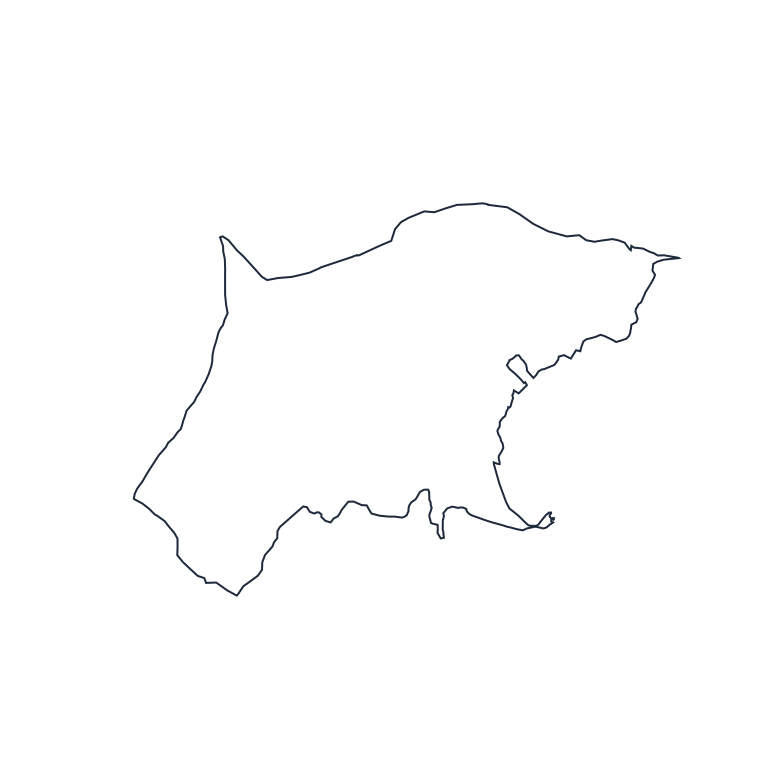 Musoma Urban, Mara, United Republic of Tanzania (Mercator projection), rotated 122°
{"feature_id": "72390352B68648514157418", "entity_name": "Musoma Urban", "entity_type": "district", "adm_level": 2, "iso_a3": "TZA", "parent_name": "United Republic of Tanzania", "parent_adm1": "Mara", "projection": "mercator", "projection_center": [33.795, -1.521], "detail": "fine", "context": "isolated", "style": "outline", "palette": "slate", "viewbox_px": 768, "rotation_deg": 122, "n_neighbors": 0, "source": "geoboundaries", "source_scale": "gbopen_adm2", "svg_char_len": 5746}
<svg xmlns="http://www.w3.org/2000/svg" viewBox="0 0 768 768"><g transform="rotate(122 384 384)"><path d="M647.0,429.5L641.3,421.1L641.5,417.3L642.1,407.8L641.5,396.8L639.4,396.4L630.1,396.1L621.8,392.7L613.5,389.4L606.3,389.0L604.8,389.8L601.8,391.5L599.8,392.7L592.2,394.3L580.8,392.5L576.4,393.4L571.4,392.8L565.1,396.4L562.5,396.5L560.3,396.5L530.9,387.7L530.7,387.6L529.3,384.1L531.7,379.3L530.9,374.6L528.4,372.9L527.4,371.3L527.8,367.9L529.9,366.7L531.1,361.1L530.6,359.2L529.7,355.9L524.7,355.4L520.8,353.1L517.0,352.9L513.3,353.2L509.2,352.7L502.7,351.9L499.8,347.4L499.2,343.6L499.0,342.4L498.6,338.9L496.1,334.3L497.6,331.6L498.8,329.5L500.5,325.8L498.6,319.9L498.0,317.9L494.0,309.8L490.9,304.8L487.6,297.7L486.0,296.5L483.5,295.2L478.5,295.9L477.7,296.7L474.2,298.2L470.0,298.2L465.1,296.1L462.0,296.1L461.5,296.1L456.4,296.3L452.4,294.0L450.2,290.5L450.2,290.4L451.6,288.6L452.3,288.1L455.3,286.1L455.5,285.9L458.2,284.2L459.7,281.7L462.4,279.8L463.5,278.1L466.7,277.1L470.8,276.3L472.7,275.0L475.0,272.5L477.0,270.4L476.4,267.9L476.2,267.3L475.0,264.0L477.9,261.9L482.0,259.6L484.9,254.0L482.6,251.7L480.4,253.6L478.1,255.2L476.0,257.3L472.5,259.4L468.4,261.9L464.2,263.2L462.2,265.2L458.2,264.8L455.9,264.4L454.3,263.1L452.0,261.3L451.0,259.0L449.9,255.6L448.3,253.9L446.8,251.3L446.7,250.3L446.4,247.9L447.0,247.7L448.2,246.0L449.0,243.0L448.8,239.3L448.2,236.8L447.2,232.3L446.5,229.0L445.4,224.1L444.2,219.5L440.7,207.7L439.7,203.5L438.6,200.7L437.6,197.2L436.4,193.5L434.5,188.7L430.4,186.0L427.7,183.0L425.5,181.0L424.1,178.5L423.3,175.9L422.1,172.4L420.3,170.7L417.5,169.4L415.5,169.0L413.7,168.0L411.8,167.2L411.9,168.2L412.0,169.3L410.5,170.3L409.5,169.9L409.4,168.4L408.6,168.3L407.7,168.7L408.2,169.6L409.2,171.1L409.0,172.7L407.6,174.0L405.1,173.8L404.5,174.2L405.5,175.9L409.2,177.2L417.0,178.2L421.4,178.6L423.3,179.4L424.5,181.1L425.3,182.4L426.7,184.9L427.3,186.5L426.8,189.8L424.4,200.5L423.1,211.7L419.4,217.9L407.2,233.6L393.5,248.6L392.3,249.4L392.0,247.7L391.5,245.3L390.7,243.5L389.3,244.3L386.5,247.1L384.3,248.5L379.9,248.5L375.1,248.9L373.2,250.4L371.4,252.2L370.3,254.5L367.7,257.1L366.3,260.0L363.7,263.0L361.3,263.4L358.8,263.3L357.4,264.1L355.7,265.2L354.4,265.8L352.1,265.5L350.9,265.5L348.6,264.9L347.2,264.3L345.3,264.7L342.7,265.5L339.2,265.8L337.8,266.4L337.5,265.1L335.7,264.8L332.0,266.0L327.6,267.1L325.4,269.3L323.6,269.3L321.8,269.9L320.6,270.4L320.6,264.8L309.3,262.2L307.6,265.2L309.1,265.9L308.0,268.9L306.9,273.2L305.8,278.3L304.7,285.6L302.9,289.7L300.2,289.8L298.7,289.9L297.5,290.0L297.3,290.2L294.7,288.5L291.4,287.3L289.8,287.1L288.4,285.1L288.2,284.8L290.2,280.1L290.4,278.0L291.0,277.0L291.6,275.2L292.4,273.7L294.7,271.5L296.9,269.8L298.5,264.7L299.7,260.5L296.0,259.7L291.7,259.7L288.1,257.9L286.6,256.1L281.9,252.8L279.0,250.6L277.2,249.5L271.0,249.2L268.1,250.3L267.3,249.5L264.1,246.6L263.8,242.2L263.4,239.0L256.9,239.0L253.6,239.0L253.5,238.7L252.2,234.9L248.9,236.0L242.4,237.5L238.8,236.0L238.5,235.8L235.1,232.4L231.9,229.5L229.6,227.9L227.6,226.5L226.5,222.5L226.1,218.8L225.4,212.3L225.4,209.4L220.7,205.3L217.1,202.4L213.1,201.7L209.8,202.4L208.4,203.2L206.2,203.9L202.6,205.7L197.9,202.8L194.2,203.5L191.3,206.8L189.5,209.0L187.0,210.1L184.1,210.1L181.6,210.5L179.7,209.7L179.7,209.8L179.7,209.7L179.0,209.4L177.2,209.4L171.7,210.2L167.7,210.9L162.3,210.9L156.9,210.9L150.7,211.3L147.8,212.0L145.6,216.4L139.5,219.3L135.5,217.1L130.4,212.7L121.0,200.7L121.0,201.4L126.4,214.6L130.0,220.0L130.0,224.0L131.1,228.8L131.9,236.1L134.0,240.5L135.8,244.1L135.8,247.4L138.2,246.3L139.8,245.6L139.5,247.8L139.0,248.8L138.3,250.6L136.6,254.8L137.3,258.0L137.8,260.9L140.1,267.1L146.7,275.1L151.8,280.8L152.5,282.6L152.6,282.9L152.9,283.6L153.2,284.4L153.5,285.0L154.9,288.7L154.5,294.6L154.5,295.1L154.3,297.3L155.0,298.1L156.3,299.9L161.9,307.1L164.4,315.3L167.5,325.5L168.6,337.1L168.6,337.4L168.8,338.6L169.0,341.3L169.1,342.6L168.7,349.8L168.4,355.5L168.2,358.5L168.8,373.1L173.0,382.2L176.9,390.6L176.6,391.1L177.8,394.4L178.1,395.1L178.3,395.6L179.2,397.1L184.9,404.6L193.4,417.0L202.7,425.1L205.3,427.2L211.6,432.3L216.3,441.3L229.9,451.1L237.4,455.2L237.7,455.3L237.9,455.4L246.8,456.7L253.6,455.0L258.7,453.7L258.8,453.7L265.7,458.6L271.0,462.2L288.0,473.3L288.4,473.8L289.1,474.6L288.9,475.1L290.8,476.6L291.0,476.8L291.8,477.5L292.8,478.1L318.6,499.4L319.6,499.9L319.8,499.9L329.1,506.2L333.7,510.7L334.0,511.0L335.9,512.8L342.0,518.9L343.8,521.3L350.1,529.8L357.6,538.0L357.8,538.2L357.8,538.6L357.8,540.3L357.8,542.8L357.8,544.4L353.3,560.0L350.6,569.7L350.4,570.3L348.7,579.0L348.6,579.4L346.8,584.9L344.5,591.9L344.3,599.0L346.2,600.6L346.5,600.8L348.9,597.8L349.5,597.1L352.5,593.4L356.6,590.7L356.9,590.5L362.3,585.3L371.0,579.4L372.4,578.6L376.3,576.2L392.6,566.0L396.2,563.2L400.6,559.8L401.1,559.3L406.9,554.1L412.0,553.5L413.6,553.3L416.3,552.6L419.6,551.7L421.2,551.9L423.0,552.1L427.7,551.7L428.1,551.7L433.7,549.9L436.7,549.0L439.0,548.4L444.4,547.0L449.1,545.2L450.6,544.6L455.9,541.6L460.1,540.0L460.9,539.7L467.3,538.2L468.5,537.9L477.1,536.7L480.5,536.7L487.5,535.9L493.0,536.0L494.4,536.1L497.6,535.7L499.7,535.5L511.3,537.3L516.4,535.9L518.0,535.5L518.7,535.3L521.1,534.9L525.8,533.5L528.1,532.9L529.9,532.5L531.5,532.9L534.3,533.5L541.3,533.9L548.2,535.9L553.3,535.5L563.5,537.2L576.3,537.4L578.5,537.5L586.3,537.5L594.7,537.2L603.6,537.9L609.3,537.2L613.7,535.4L614.0,535.2L613.5,526.6L613.4,525.7L614.3,516.9L616.1,509.3L616.0,508.3L615.9,506.0L616.0,505.2L616.5,497.4L618.9,490.9L621.0,484.2L621.1,483.6L621.2,483.4L624.1,477.9L624.5,477.2L631.5,472.8L631.8,472.6L638.7,468.6L640.5,463.4L641.6,460.1L643.7,449.6L643.9,448.3L645.2,441.6L645.4,440.4L645.0,438.4L643.8,433.5L647.0,429.5Z" fill="none" stroke="#1e293b" stroke-width="2"/></g></svg>